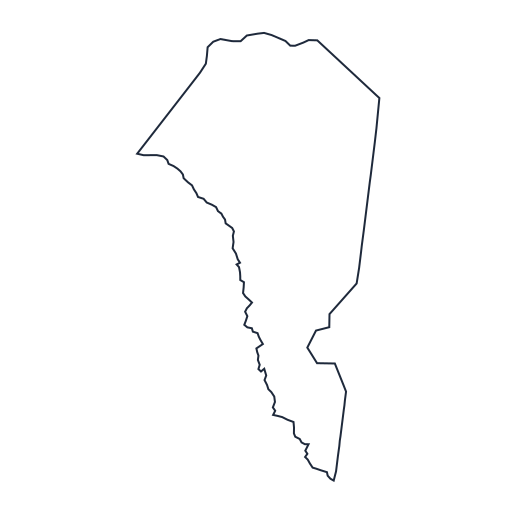 outline of Esperantinópolis, Maranhão, Brazil, rotated 91°
{"feature_id": "56859067B90627563258155", "entity_name": "Esperantinópolis", "entity_type": "district", "adm_level": 2, "iso_a3": "BRA", "parent_name": "Brazil", "parent_adm1": "Maranhão", "projection": "robinson", "projection_center": [-44.82, -4.92], "detail": "fine", "context": "isolated", "style": "outline", "palette": "slate", "viewbox_px": 512, "rotation_deg": 91, "n_neighbors": 0, "source": "geoboundaries", "source_scale": "gbopen_adm2", "svg_char_len": 1979}
<svg xmlns="http://www.w3.org/2000/svg" viewBox="0 0 512 512"><g transform="rotate(91 256 256)"><path d="M479.2,174.4L469.9,172.2L454.6,170.6L447.9,169.8L444.7,169.4L439.2,169.0L434.8,168.4L427.4,167.6L407.9,165.5L403.9,165.0L399.0,164.6L390.0,163.6L384.4,165.9L362.1,175.3L362.1,193.1L350.5,200.6L346.7,203.1L329.5,194.7L325.9,181.5L312.8,181.5L297.5,168.4L281.7,154.9L266.2,152.7L249.9,151.0L243.7,150.4L228.8,148.7L180.0,143.5L173.3,142.7L140.3,139.2L126.1,137.8L95.9,135.4L92.9,138.8L39.3,198.5L39.2,207.1L41.8,212.4L45.1,220.6L45.1,225.4L40.5,230.3L34.8,244.3L32.8,251.8L33.7,258.4L35.7,269.0L41.5,275.1L41.6,279.5L41.6,283.7L39.7,295.4L42.5,302.5L48.1,308.0L56.9,308.6L64.6,309.5L73.7,315.2L82.7,321.9L155.8,376.6L157.2,370.0L157.0,362.7L156.9,356.8L158.1,350.2L161.6,346.4L165.4,345.0L167.5,340.0L170.0,336.1L172.6,333.0L175.8,330.5L179.5,329.7L183.5,325.3L186.5,321.2L190.4,319.3L194.2,316.7L198.0,315.0L199.7,309.4L203.4,306.2L205.5,301.0L207.8,296.8L211.8,294.8L214.3,291.3L217.3,289.7L220.1,287.6L223.9,286.9L226.2,283.5L228.4,280.3L231.8,278.5L236.2,279.5L242.4,278.7L248.7,279.5L253.9,276.1L259.6,274.2L263.0,271.9L264.8,275.2L267.4,272.8L272.6,271.7L276.5,271.4L280.3,271.3L282.4,267.6L287.7,267.8L293.3,268.3L296.6,266.0L299.7,262.4L302.6,259.2L305.4,261.4L308.4,264.2L311.9,265.9L316.3,263.6L320.9,265.0L325.0,266.5L327.5,263.4L328.3,258.9L331.7,257.8L333.1,253.1L336.6,251.8L339.5,250.3L343.9,247.6L346.3,251.0L348.4,254.0L352.1,253.1L355.6,251.8L359.9,252.3L364.7,250.4L369.0,251.6L371.4,249.0L368.6,245.8L375.3,243.7L379.9,245.3L384.8,242.7L389.0,241.3L391.8,238.3L396.2,235.3L401.6,234.5L407.1,236.5L410.4,234.1L414.6,236.1L415.5,231.6L416.6,227.0L419.2,221.6L421.3,215.6L426.9,215.0L432.7,215.0L436.0,213.6L438.2,209.1L441.6,207.2L443.3,203.9L443.3,200.2L449.8,203.3L452.9,201.2L456.1,203.4L458.7,200.7L462.5,198.5L466.6,195.7L467.6,192.1L469.1,187.5L470.9,181.3L474.4,180.5L477.4,177.7L479.2,174.4Z" fill="none" stroke="#1e293b" stroke-width="2"/></g></svg>